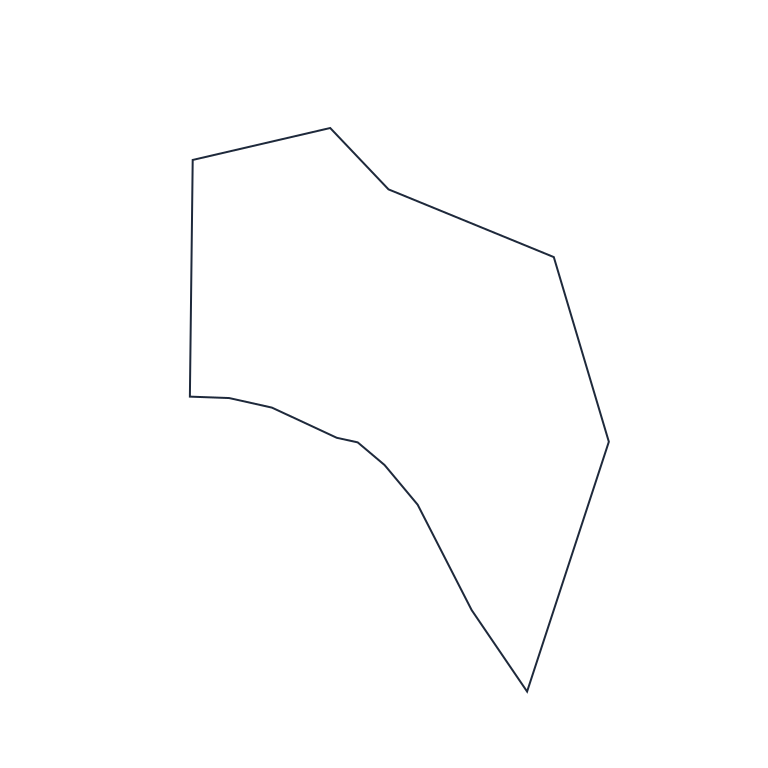 the border of Waterford, rotated 210°
{"feature_id": "IRL-5571", "entity_name": "Waterford", "entity_type": "City", "adm_level": 1, "iso_a3": "IRL", "parent_name": "Ireland", "parent_adm1": "", "projection": "orthographic", "projection_center": [-7.082, 52.239], "detail": "fine", "context": "isolated", "style": "outline", "palette": "slate", "viewbox_px": 768, "rotation_deg": 210, "n_neighbors": 0, "source": "natural_earth", "source_scale": "10m", "svg_char_len": 346}
<svg xmlns="http://www.w3.org/2000/svg" viewBox="0 0 768 768"><g transform="rotate(210 384 384)"><path d="M106.3,189.2L195.0,232.0L294.5,296.3L343.0,314.1L377.6,320.3L398.0,313.8L469.3,307.5L511.1,294.4L545.8,276.0L661.7,482.4L558.6,578.8L477.4,554.8L300.4,578.8L160.4,446.4L106.3,189.2Z" fill="none" stroke="#1e293b" stroke-width="2"/></g></svg>